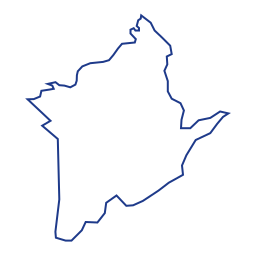 Galini, Cyprus
{"feature_id": "46923920B41086018803178", "entity_name": "Galini", "entity_type": "district", "adm_level": 2, "iso_a3": "CYP", "parent_name": "Cyprus", "parent_adm1": "", "projection": "orthographic", "projection_center": [32.781, 35.132], "detail": "fine", "context": "isolated", "style": "outline", "palette": "blue", "viewbox_px": 256, "rotation_deg": 0, "n_neighbors": 0, "source": "geoboundaries", "source_scale": "gbopen_adm2", "svg_char_len": 1058}
<svg xmlns="http://www.w3.org/2000/svg" viewBox="0 0 256 256"><path d="M27.6,99.3L50.5,120.8L42.2,125.7L57.8,139.0L59.3,199.4L55.4,231.8L55.9,237.7L65.6,240.6L71.5,240.6L81.8,230.3L85.7,222.0L97.4,222.5L104.8,213.1L106.2,202.8L116.5,195.5L126.3,205.8L133.1,205.3L142.9,200.9L158.5,190.6L168.8,182.7L174.6,179.5L183.0,174.8L182.0,165.5L186.4,155.2L195.7,140.0L210.3,133.1L217.2,123.8L223.0,116.9L228.4,113.4L220.1,111.5L215.7,114.4L210.3,117.9L198.6,120.3L190.3,128.2L181.0,128.2L181.5,119.8L183.9,110.5L180.5,103.2L171.7,98.7L167.8,91.4L167.8,81.1L164.4,70.8L167.3,64.4L166.8,56.5L171.7,54.1L170.2,45.7L162.4,37.9L154.6,30.5L150.7,22.7L141.2,15.4L140.7,18.6L138.2,20.3L136.7,26.0L139.0,28.0L139.0,30.5L135.4,30.5L133.7,28.2L130.5,29.7L130.5,33.5L135.8,39.1L134.8,42.5L122.0,43.8L118.0,48.5L113.3,55.1L109.0,60.2L103.1,61.9L90.3,63.2L82.3,66.4L77.8,71.3L76.9,75.2L76.7,80.7L75.4,84.6L70.3,87.3L64.4,85.6L59.3,85.2L55.5,82.2L47.8,83.9L52.3,85.6L53.7,88.8L49.9,89.5L41.4,90.8L40.1,96.5L33.8,99.1L27.6,99.3Z" fill="none" stroke="#1e3a8a" stroke-width="2"/></svg>